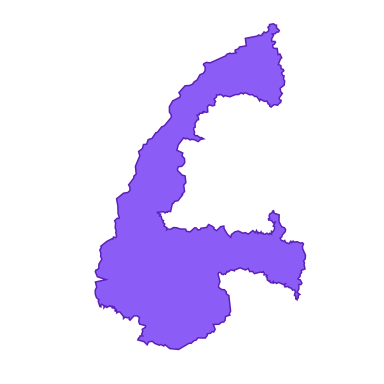 Chone, Manabi, Ecuador (Mercator projection), rotated 351°
{"feature_id": "8360857B73185000874563", "entity_name": "Chone", "entity_type": "district", "adm_level": 2, "iso_a3": "ECU", "parent_name": "Ecuador", "parent_adm1": "Manabi", "projection": "mercator", "projection_center": [-79.895, -0.383], "detail": "fine", "context": "isolated", "style": "filled", "palette": "violet", "viewbox_px": 384, "rotation_deg": 351, "n_neighbors": 0, "source": "geoboundaries", "source_scale": "gbopen_adm2", "svg_char_len": 6052}
<svg xmlns="http://www.w3.org/2000/svg" viewBox="0 0 384 384"><g transform="rotate(351 192 192)"><path d="M193.4,331.3L192.3,326.1L197.9,326.9L201.0,325.1L203.0,325.4L204.6,323.9L205.6,320.3L210.1,319.5L209.5,318.6L211.5,315.7L212.2,300.1L210.0,297.9L210.2,295.9L208.7,293.6L206.0,292.9L203.4,290.4L203.8,287.9L205.6,285.0L204.9,277.2L205.7,275.9L207.5,275.8L208.4,277.7L209.9,278.5L211.0,277.9L212.2,278.4L214.2,276.0L214.5,276.6L216.1,276.3L218.2,274.9L221.6,276.5L221.9,275.7L227.7,274.4L232.6,277.4L235.6,276.3L236.5,279.6L239.4,280.0L240.9,282.4L247.0,281.8L248.9,282.5L249.8,281.7L250.7,283.4L250.1,285.1L252.8,285.5L253.0,286.4L252.0,287.3L252.8,287.9L252.6,290.6L254.1,292.2L254.9,291.9L255.2,293.7L257.3,294.4L258.2,293.2L258.5,294.7L259.8,294.2L261.3,295.6L263.3,294.8L267.9,297.7L269.8,297.4L268.6,298.9L269.0,300.3L272.3,300.4L272.9,301.6L275.0,302.5L275.9,304.6L278.0,304.7L278.5,306.8L277.0,309.9L278.2,311.4L277.7,313.8L278.9,314.9L279.3,313.6L280.5,313.2L280.8,310.6L282.5,310.1L280.1,307.5L282.4,304.5L283.1,300.0L285.0,300.5L286.3,299.3L285.1,295.6L283.2,294.9L283.3,294.0L285.6,292.2L286.1,289.8L287.6,288.9L287.7,286.5L291.6,285.7L291.3,281.2L292.0,279.7L291.4,277.6L293.4,275.7L294.2,272.2L292.4,265.3L292.6,263.1L294.0,260.7L293.3,259.5L290.9,259.3L288.0,257.5L285.0,257.5L284.2,256.3L282.4,257.6L281.9,256.1L279.7,258.2L276.4,256.3L276.0,254.4L274.9,255.0L272.5,253.5L271.8,251.3L273.6,250.5L274.4,248.6L277.9,245.8L278.6,243.6L277.7,241.8L275.0,240.2L273.3,234.9L274.5,228.2L270.0,225.9L269.6,223.3L268.5,223.5L268.2,224.8L265.3,225.9L264.4,227.8L264.7,229.8L263.3,230.4L263.4,231.8L264.4,231.7L266.4,233.2L267.4,235.2L269.4,234.8L266.9,238.4L268.1,239.0L267.5,242.1L265.3,244.2L264.4,243.3L264.0,246.2L262.5,244.9L261.6,246.0L259.6,244.4L257.2,245.1L255.9,244.7L255.7,243.7L254.5,243.8L254.0,242.1L253.1,243.3L251.2,242.2L250.4,243.2L249.7,240.1L248.1,242.1L246.1,239.6L241.0,242.4L238.4,240.5L235.7,240.6L231.8,237.8L228.4,238.0L224.3,240.1L223.1,242.8L220.4,239.4L218.0,233.3L218.1,230.6L214.9,230.7L210.2,234.0L207.7,231.9L208.2,230.8L206.7,229.0L203.3,226.7L200.9,229.3L195.1,229.2L194.1,230.5L191.7,230.3L190.9,228.4L189.2,227.7L183.8,231.1L180.4,229.9L179.9,227.6L174.9,226.8L171.0,224.8L167.9,224.2L165.0,225.5L162.0,224.7L161.1,225.3L161.6,223.3L158.9,221.1L160.1,219.4L158.5,217.3L159.4,215.8L158.1,214.8L157.7,211.1L156.3,210.6L157.5,209.0L155.4,208.0L154.7,206.7L160.8,207.0L162.1,208.5L163.1,207.8L164.6,208.2L165.4,207.3L167.8,208.0L170.8,200.3L171.6,200.4L173.4,198.5L176.8,198.4L182.3,193.3L181.7,192.7L184.7,190.4L184.9,183.9L187.4,181.8L187.7,175.0L184.9,173.8L181.2,168.6L181.2,167.2L182.5,164.9L185.8,165.1L187.8,163.7L189.5,161.7L189.8,157.7L187.8,154.8L189.0,152.0L183.6,148.4L185.8,143.3L192.2,137.2L194.0,138.6L195.8,138.2L198.3,140.3L200.1,139.9L203.1,141.0L205.9,143.2L208.8,141.4L211.8,141.3L209.7,139.6L208.3,139.5L206.0,137.1L203.9,136.9L203.2,135.0L203.9,133.5L203.4,130.2L204.0,128.8L205.2,128.6L205.8,124.6L208.4,121.7L209.8,121.6L210.0,119.7L209.0,117.0L211.2,116.9L211.6,115.5L214.6,115.8L215.0,115.0L215.9,115.3L215.9,114.3L218.6,115.6L220.1,115.4L220.6,110.1L222.5,108.6L225.9,110.2L227.9,109.8L228.4,107.3L229.5,106.3L228.3,103.7L231.1,102.0L231.4,100.0L234.1,100.4L234.7,99.8L237.0,101.2L238.0,102.8L239.4,101.9L244.3,103.9L250.0,102.6L253.4,103.0L256.0,101.8L258.1,103.2L258.9,102.4L261.0,102.7L263.8,104.9L266.9,105.3L269.1,107.6L270.8,107.7L273.1,112.5L273.9,111.0L277.7,113.8L280.1,113.8L281.1,117.1L282.4,117.6L282.1,119.3L283.5,120.5L286.6,118.5L290.2,119.7L292.4,117.6L293.5,117.6L294.4,115.4L293.2,114.8L292.7,112.9L296.7,108.7L295.4,107.1L295.2,103.4L299.8,100.8L300.9,96.9L300.0,94.9L301.1,91.7L299.9,91.3L299.0,88.3L301.7,86.6L301.3,85.2L299.4,84.3L299.5,81.0L297.2,79.6L300.1,74.5L301.6,73.5L300.4,69.4L298.5,69.8L298.6,63.6L295.2,62.8L294.4,60.9L294.8,59.4L296.5,58.9L297.9,57.1L297.6,56.3L294.2,55.7L294.8,52.9L297.0,50.1L295.9,48.5L298.9,48.7L300.5,47.4L302.5,47.5L303.5,46.1L301.1,42.8L301.6,40.5L299.9,39.9L298.9,38.6L294.7,38.7L294.5,40.2L292.8,41.0L293.3,43.7L292.3,45.3L289.8,46.3L288.2,45.2L287.4,46.4L286.4,46.5L285.9,48.0L284.0,48.2L282.4,47.3L280.8,48.2L268.7,48.6L268.5,56.1L261.5,56.2L260.3,57.8L256.9,58.5L256.5,59.6L257.5,61.4L253.0,61.6L251.1,60.8L248.0,61.4L246.6,62.8L230.1,67.3L226.5,66.2L223.7,67.2L223.2,68.0L224.6,70.9L223.7,74.5L221.8,76.5L218.2,77.4L214.6,82.1L211.0,83.8L209.5,85.6L206.3,86.4L201.8,86.0L194.6,91.8L195.8,94.7L194.6,96.5L187.2,99.0L183.0,104.2L182.2,109.6L183.4,112.1L183.4,114.9L175.0,122.3L172.1,123.0L167.2,127.6L165.5,127.8L160.9,132.8L156.9,133.4L154.6,137.7L151.5,137.5L149.8,141.4L145.6,143.6L146.1,148.1L140.1,157.8L139.7,165.5L137.1,167.2L136.6,169.2L130.5,175.0L131.4,177.6L131.0,180.8L128.4,182.5L124.3,182.4L116.4,186.9L116.6,194.2L115.6,201.8L116.2,206.1L115.7,206.6L114.1,206.2L111.0,208.3L111.7,210.5L110.5,215.5L111.1,218.2L110.4,220.0L110.5,224.4L109.5,225.1L107.4,224.2L106.3,226.1L105.5,225.7L100.1,227.5L93.5,231.3L93.8,232.8L91.9,234.7L92.4,238.5L91.7,241.4L92.5,244.2L88.8,248.6L88.0,252.7L85.9,254.2L85.1,253.9L84.0,255.6L85.3,260.9L93.4,265.1L82.5,265.8L83.0,271.1L81.0,273.9L80.5,277.6L81.1,281.3L83.2,284.1L82.3,285.2L83.1,290.7L84.2,291.1L84.2,289.3L85.1,288.7L87.3,290.5L87.0,292.4L88.3,291.1L88.7,291.9L89.6,291.6L89.9,292.7L92.9,291.5L93.3,292.3L94.9,292.1L95.0,293.6L95.9,293.0L96.0,294.3L97.3,293.5L97.4,295.1L98.4,295.8L97.6,296.7L98.5,296.9L97.9,297.7L99.1,297.9L98.8,299.6L100.8,298.9L102.2,299.4L104.9,304.3L104.6,306.2L106.3,305.0L108.2,306.1L110.3,306.1L110.0,308.0L110.8,308.9L115.2,305.3L118.2,305.7L120.4,307.6L119.1,311.7L119.6,314.3L125.0,316.7L125.0,318.3L121.4,319.8L121.4,322.4L120.0,324.5L120.8,326.4L118.2,326.0L117.5,327.3L116.3,328.0L115.3,329.6L121.2,332.3L123.8,335.9L125.7,333.3L129.4,333.2L131.5,335.7L135.7,338.2L137.2,337.7L140.1,339.7L141.5,338.6L145.6,343.2L154.2,345.4L165.5,340.9L167.5,341.3L170.6,339.2L173.1,338.9L174.9,337.0L182.3,338.3L184.5,336.2L184.8,334.5L188.3,334.4L189.8,333.0L191.6,333.7L193.4,331.3Z" fill="#8b5cf6" stroke="#5b21b6" stroke-width="1.5"/></g></svg>